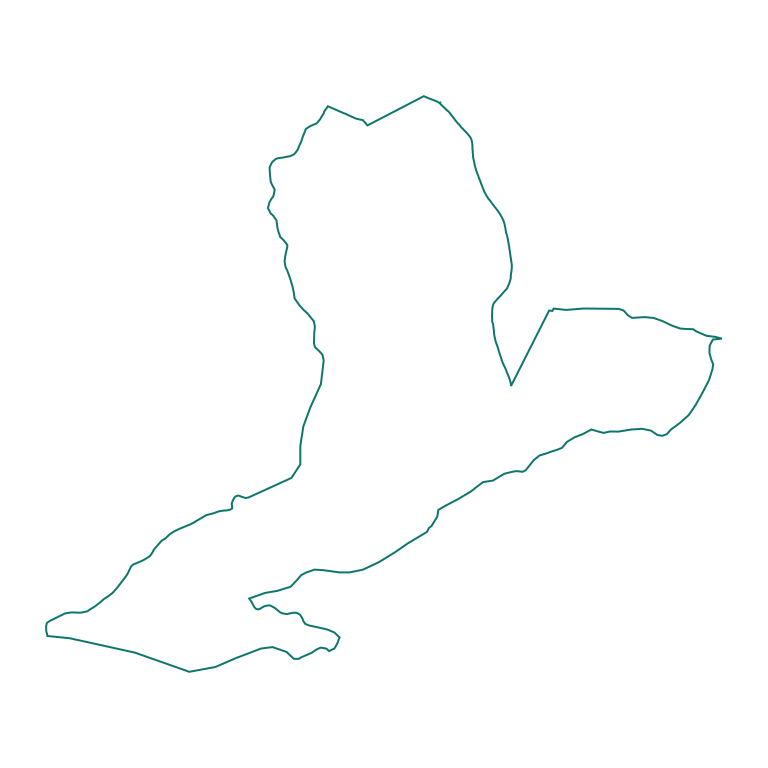 Desrameaux, Dauphin, Saint Lucia
{"feature_id": "8701671B79417644951649", "entity_name": "Desrameaux", "entity_type": "district", "adm_level": 2, "iso_a3": "LCA", "parent_name": "Saint Lucia", "parent_adm1": "Dauphin", "projection": "mercator", "projection_center": [-60.926, 14.037], "detail": "fine", "context": "isolated", "style": "outline", "palette": "teal", "viewbox_px": 768, "rotation_deg": 0, "n_neighbors": 0, "source": "geoboundaries", "source_scale": "gbopen_adm2", "svg_char_len": 6090}
<svg xmlns="http://www.w3.org/2000/svg" viewBox="0 0 768 768"><path d="M327.9,106.3L324.3,111.4L324.1,111.8L323.7,113.3L321.1,117.5L320.2,119.2L318.6,121.1L317.3,122.8L315.7,123.9L313.9,124.5L310.0,126.3L308.1,127.4L306.5,128.5L305.7,129.2L304.7,132.1L303.1,135.9L302.2,138.4L301.7,140.3L301.1,142.0L300.2,143.7L299.0,146.4L298.4,148.0L297.6,149.7L296.6,151.2L294.8,153.6L293.4,154.7L291.3,155.6L290.2,156.2L285.4,157.0L283.9,157.4L277.5,158.3L275.7,159.0L274.4,160.2L272.9,161.4L272.1,162.3L270.4,165.5L269.6,167.5L269.7,170.0L270.1,175.6L270.7,181.6L271.6,183.8L273.0,186.6L273.7,187.7L274.7,189.5L273.9,194.1L273.4,195.8L272.8,197.1L272.1,198.0L271.3,199.0L269.9,201.5L269.2,203.0L268.8,204.9L268.3,206.6L268.0,208.1L268.6,209.6L269.5,210.9L270.3,212.9L271.4,214.2L272.6,215.0L273.6,216.2L275.6,219.1L276.5,220.6L277.2,225.5L277.3,227.3L278.5,232.0L279.7,235.2L280.1,236.9L282.2,238.8L284.0,240.6L287.3,245.0L287.2,247.5L286.4,250.6L285.2,256.3L284.6,261.4L285.4,266.6L287.4,270.9L290.3,279.0L292.4,286.0L293.7,291.8L294.6,298.4L299.2,305.0L303.3,309.6L307.6,313.6L313.8,321.2L314.9,326.7L314.3,332.6L314.1,337.8L314.0,343.3L315.0,347.2L318.9,350.8L322.4,354.6L323.7,360.3L320.9,384.1L310.6,406.8L303.3,426.5L300.3,446.2L300.3,464.3L291.5,477.9L248.5,497.5L245.7,498.0L242.5,497.1L238.7,495.6L236.7,495.9L235.2,496.8L234.2,497.9L233.0,500.2L232.2,502.1L231.7,503.8L232.2,507.1L232.0,508.6L230.1,509.6L227.1,510.4L225.2,510.5L224.1,510.5L219.1,511.3L215.0,512.7L213.5,513.3L209.1,514.4L205.9,515.3L200.4,518.6L196.9,520.6L193.9,522.5L190.5,524.3L183.9,527.0L178.9,529.1L174.3,531.3L169.7,534.3L165.5,538.3L161.7,540.7L154.0,549.4L152.8,551.8L151.0,554.7L149.7,556.2L144.7,559.4L141.4,561.1L133.2,564.5L131.1,566.4L127.2,574.5L124.3,578.5L116.8,588.2L112.6,592.9L108.2,596.2L104.1,598.9L100.0,602.5L94.9,606.4L89.2,610.0L87.4,611.3L85.6,611.7L81.8,612.5L80.0,612.7L71.7,612.4L68.1,612.9L64.9,613.5L50.0,620.8L46.8,623.0L46.1,626.6L46.3,631.3L47.2,634.7L47.4,636.0L69.5,638.2L134.8,652.6L189.3,671.8L215.3,667.0L235.9,658.1L261.2,648.5L272.5,647.1L286.5,651.9L293.8,658.8L298.6,658.9L301.5,657.2L311.7,652.8L316.5,649.5L320.8,647.6L326.3,648.6L329.1,651.1L332.0,649.6L334.3,648.6L335.9,646.1L337.7,642.6L338.6,639.8L339.6,637.5L334.4,632.5L327.6,629.6L317.3,627.2L309.1,625.5L305.2,623.8L303.5,621.4L302.3,618.2L299.9,614.6L296.6,612.7L292.6,612.8L287.0,614.1L282.7,613.4L280.0,612.3L278.3,610.8L277.8,610.5L275.3,608.3L271.8,606.3L269.5,605.3L267.1,605.6L264.3,606.3L261.9,607.6L260.0,608.8L258.0,609.4L256.2,608.9L254.7,607.6L253.2,605.0L251.5,601.8L249.2,598.5L265.2,592.9L277.2,590.9L290.5,586.8L296.5,580.6L301.2,575.1L306.5,572.4L314.5,569.6L324.5,570.3L339.1,572.4L349.7,572.4L363.1,569.6L379.0,562.1L395.7,551.8L407.6,543.5L427.0,531.9L428.8,528.2L431.5,526.0L437.3,516.6L438.3,510.0L445.5,505.7L457.2,499.6L470.6,491.7L477.2,486.5L483.0,482.1L492.9,480.6L504.2,473.8L512.2,471.8L516.6,471.1L522.5,471.8L525.6,470.3L533.8,460.1L539.7,455.4L545.2,453.8L552.3,451.3L556.5,450.0L561.9,447.9L567.2,441.7L574.8,437.2L582.6,434.2L591.4,429.5L597.1,431.2L603.6,432.9L609.9,431.5L618.4,431.6L631.5,429.5L642.0,428.8L651.0,430.6L657.4,435.0L662.4,435.8L666.9,434.1L670.9,429.6L679.7,423.1L688.8,415.0L695.6,405.0L703.0,391.8L709.2,379.6L712.4,369.4L713.2,364.2L711.3,359.7L709.4,352.7L709.7,345.6L712.9,339.5L720.4,338.8L721.9,338.6L715.5,336.9L706.5,335.8L696.5,331.5L693.1,329.2L686.0,329.0L680.0,328.5L672.0,325.6L661.8,320.8L653.6,318.0L644.8,317.1L632.0,317.9L627.8,315.2L623.6,310.5L618.7,308.9L584.0,308.5L566.3,309.9L553.6,308.6L552.4,310.9L549.1,310.6L511.0,386.0L511.0,384.9L510.6,382.8L510.5,382.1L510.0,380.8L509.9,379.9L509.4,378.6L509.1,377.8L508.3,375.6L506.8,372.3L505.9,369.7L505.7,369.2L505.4,368.5L504.6,366.7L504.2,366.1L502.8,363.0L501.6,359.7L500.9,357.3L499.8,354.3L498.7,350.6L498.3,349.1L497.8,347.6L497.4,346.3L496.2,343.0L495.5,340.8L494.9,338.3L494.1,334.1L494.0,332.4L494.0,331.7L493.5,327.7L493.4,327.1L493.2,325.6L493.2,324.8L493.0,324.0L492.7,323.1L492.5,322.6L492.2,321.6L492.2,319.2L492.1,318.6L492.1,317.4L492.0,316.4L492.1,315.3L492.3,308.7L492.5,307.3L493.3,304.4L494.0,303.0L494.9,301.9L495.7,301.0L497.1,299.3L501.1,295.2L501.9,294.1L503.3,292.6L504.5,291.2L506.8,288.8L508.1,286.0L509.3,283.2L509.8,281.9L510.1,280.5L510.5,279.3L510.7,278.3L510.8,276.3L510.9,274.7L511.1,273.1L511.4,271.9L511.5,271.0L511.6,269.2L511.8,268.1L511.8,265.0L511.6,263.5L511.6,263.0L511.4,262.0L511.1,261.1L511.2,260.1L511.0,259.3L510.9,258.4L510.7,257.5L510.6,256.9L510.4,255.8L510.4,255.3L509.9,252.3L509.8,250.9L509.3,248.5L509.3,248.0L509.2,247.1L509.2,246.7L508.7,244.3L508.4,242.1L508.2,241.4L508.2,240.8L507.8,239.4L507.7,238.3L506.5,233.8L506.3,233.4L505.8,231.1L505.3,227.7L505.2,227.2L504.9,226.1L504.5,223.8L504.0,222.3L503.1,219.8L502.6,218.9L502.2,218.0L501.9,217.4L499.9,213.9L498.2,211.5L497.3,210.1L496.1,208.6L495.6,207.9L494.6,206.8L492.4,203.8L491.9,203.3L490.4,201.0L489.8,200.4L489.4,199.8L488.0,198.1L486.5,195.7L485.6,194.1L485.4,193.6L484.9,192.7L484.7,192.4L484.2,191.4L483.5,189.5L482.5,187.3L482.2,186.2L481.0,183.4L479.8,179.8L479.1,178.7L478.3,175.8L477.3,173.6L475.5,168.1L474.7,165.1L474.0,161.2L473.3,158.2L473.0,156.6L473.1,155.4L472.9,153.6L472.7,152.5L472.8,151.5L472.7,150.6L472.5,149.6L472.4,148.3L472.5,147.0L472.4,146.3L472.4,145.1L472.1,142.6L471.9,141.6L471.6,140.2L471.2,139.1L470.5,137.6L469.5,136.2L468.3,134.7L467.5,133.6L467.1,133.3L466.2,132.3L465.1,131.3L464.8,130.9L464.3,130.4L463.9,130.1L462.7,128.6L461.7,127.8L460.6,126.5L459.2,124.6L458.8,124.2L458.0,123.6L457.7,123.2L457.2,122.6L454.9,119.8L454.1,118.5L452.9,117.1L452.3,116.4L451.3,114.9L450.7,114.2L450.0,113.2L449.0,112.1L448.5,111.5L447.6,110.9L447.1,110.4L440.3,103.9L440.2,102.6L439.3,102.9L438.4,102.3L436.8,101.4L435.7,101.0L433.1,99.9L432.0,99.6L431.7,99.4L430.7,99.1L428.2,98.1L427.4,97.7L426.9,97.6L425.9,97.0L423.8,96.2L367.5,125.4L366.5,124.2L364.4,121.8L363.5,121.1L363.0,120.2L361.7,119.8L360.1,119.6L355.7,118.5L353.8,117.6L352.1,116.9L349.8,115.8L347.9,115.0L346.0,113.9L344.5,113.5L327.9,106.3Z" fill="none" stroke="#0f766e" stroke-width="2"/></svg>